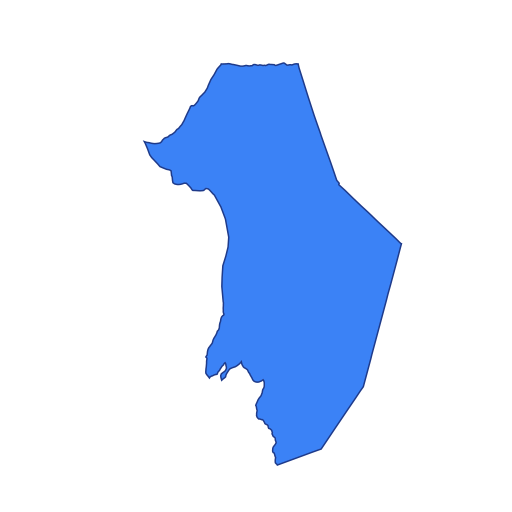 the district of Mandera West, North-Eastern, Kenya, rotated 195°
{"feature_id": "3690345B48276245407304", "entity_name": "Mandera West", "entity_type": "district", "adm_level": 2, "iso_a3": "KEN", "parent_name": "Kenya", "parent_adm1": "North-Eastern", "projection": "equal_earth", "projection_center": [40.274, 3.456], "detail": "fine", "context": "isolated", "style": "filled", "palette": "blue", "viewbox_px": 512, "rotation_deg": 195, "n_neighbors": 0, "source": "geoboundaries", "source_scale": "gbopen_adm2", "svg_char_len": 6099}
<svg xmlns="http://www.w3.org/2000/svg" viewBox="0 0 512 512"><g transform="rotate(195 256 256)"><path d="M181.3,59.6L150.7,81.2L145.2,85.0L143.1,86.4L134.9,110.4L128.1,130.1L123.1,144.4L120.3,152.7L118.5,157.5L118.5,174.0L118.5,186.4L118.6,190.5L118.6,206.8L118.6,237.9L118.6,247.2L118.7,253.5L118.6,263.0L118.6,271.0L118.6,287.7L118.7,301.8L118.7,304.0L118.7,305.5L119.1,305.5L119.4,305.6L120.8,306.3L125.4,309.0L136.8,315.1L146.9,320.5L158.1,326.7L167.8,331.8L177.7,337.2L187.1,342.5L188.1,343.0L194.5,346.3L194.5,347.8L197.6,350.0L202.2,356.9L207.8,365.2L214.0,374.2L218.9,381.3L224.6,389.6L225.7,391.4L230.5,398.4L236.2,406.8L241.0,414.2L246.5,422.7L250.7,429.3L256.2,438.0L263.1,448.8L264.6,451.6L264.9,452.4L266.3,452.2L267.6,451.8L268.9,451.2L270.1,450.3L270.9,449.8L272.2,449.7L273.3,449.3L274.6,448.6L274.8,448.6L275.6,448.4L276.3,448.7L276.5,448.8L277.0,449.0L277.5,449.2L277.7,449.3L278.5,449.6L279.2,449.6L280.2,449.1L281.5,448.2L282.3,447.7L282.9,447.3L283.8,446.7L284.8,446.0L285.5,445.6L286.1,445.2L286.9,445.1L287.9,445.5L288.9,445.3L289.5,445.2L291.0,444.9L291.8,444.7L293.0,444.6L293.8,444.2L294.2,443.8L294.8,443.3L295.6,442.7L296.2,442.4L296.9,442.5L297.5,442.3L298.5,441.8L299.6,441.8L300.9,441.7L301.8,441.6L302.9,440.9L303.5,440.6L305.6,440.7L305.9,440.7L306.3,440.7L306.9,440.6L307.8,440.3L308.4,439.7L309.0,438.8L310.3,438.4L311.1,438.0L311.9,437.8L312.5,437.7L313.5,437.6L314.4,437.6L314.8,437.5L315.2,437.4L315.8,437.0L316.0,436.9L317.0,436.4L318.1,435.9L319.0,435.7L320.0,435.4L323.4,435.3L325.5,435.2L327.5,435.1L328.1,435.0L328.5,434.9L329.0,434.9L330.5,434.9L331.8,434.8L332.5,434.7L333.0,434.5L333.4,434.3L334.1,434.0L334.4,433.9L335.7,433.5L337.0,433.1L338.0,432.8L339.3,432.5L339.4,431.5L341.2,428.1L342.0,426.3L343.4,420.3L345.2,414.9L346.2,408.7L346.5,405.5L347.9,400.9L348.5,399.9L349.3,398.5L350.1,397.0L350.7,396.1L351.3,395.1L351.7,394.0L351.9,392.7L352.0,391.3L352.3,390.2L352.7,389.3L353.2,388.1L354.0,386.5L354.6,385.5L355.5,384.8L356.6,384.7L357.3,384.4L358.0,383.3L358.1,382.0L358.4,380.2L358.7,378.7L359.3,375.7L359.7,373.4L360.1,371.0L360.5,368.2L361.1,366.0L361.7,363.6L362.5,362.1L363.1,360.8L363.6,359.6L363.8,359.3L364.1,358.8L364.5,358.4L365.0,357.9L365.2,357.6L365.7,356.5L366.2,355.1L367.2,353.6L367.9,352.7L368.7,351.7L370.0,350.8L370.9,349.9L371.4,348.9L372.0,348.1L372.9,347.5L374.1,346.8L375.0,346.0L375.7,344.7L376.3,343.8L376.8,342.0L377.7,340.6L378.8,339.9L380.9,339.0L382.9,338.3L384.6,338.0L386.7,337.8L388.7,337.8L390.7,337.5L392.2,337.5L393.5,337.6L392.1,336.1L388.6,331.6L384.8,326.2L382.3,324.1L374.8,319.5L371.9,317.5L369.0,317.1L365.0,316.6L361.7,316.8L360.0,316.2L358.4,311.9L357.5,310.9L356.9,309.3L356.2,307.4L355.2,305.3L353.4,304.6L351.6,304.6L349.9,304.8L347.9,305.5L346.0,306.5L344.4,307.6L344.1,307.8L342.1,308.2L339.2,306.6L336.7,305.0L334.9,303.4L334.1,303.0L333.1,303.2L331.4,303.6L329.3,304.0L326.9,304.5L324.6,305.3L323.5,305.8L322.7,307.1L321.9,308.2L320.6,308.4L319.3,308.4L317.6,307.5L315.6,306.2L313.8,305.0L312.0,304.1L302.6,294.3L295.5,284.4L294.9,283.4L287.2,267.1L285.8,260.0L285.3,257.4L285.1,248.1L285.5,238.0L283.3,227.0L281.1,217.7L275.8,203.2L275.3,202.3L275.2,201.8L275.1,201.2L274.6,199.3L274.2,197.2L273.5,195.0L273.2,193.7L273.0,193.2L272.8,192.8L272.2,191.9L271.9,191.6L272.0,190.3L272.6,189.9L273.4,188.3L273.5,187.8L273.6,186.6L273.6,186.1L273.6,185.5L273.4,184.3L273.4,184.0L273.4,183.6L273.4,182.8L273.5,182.4L273.5,182.0L273.5,181.3L273.4,180.1L273.2,178.9L272.9,177.3L272.8,176.8L272.9,176.3L273.0,175.4L273.0,175.1L273.1,174.8L273.6,173.8L273.9,173.3L273.9,172.7L273.9,171.7L274.1,170.3L274.3,169.2L275.1,166.5L275.3,165.9L275.4,165.5L275.6,164.2L275.7,163.7L275.7,163.2L275.7,162.2L275.7,160.6L276.0,159.7L276.2,159.2L276.3,158.8L276.8,158.0L277.2,156.6L277.8,155.4L278.1,154.0L278.2,152.7L278.1,151.0L277.8,149.1L277.6,147.9L277.7,147.4L277.9,146.9L278.3,145.5L278.1,145.3L277.5,145.0L277.1,144.7L276.9,144.4L276.7,143.5L276.6,142.2L276.4,141.1L276.0,139.7L275.6,137.5L275.3,135.8L275.1,134.1L274.8,132.6L274.5,131.0L274.0,129.7L272.9,128.7L272.5,128.4L272.1,128.1L271.2,127.5L269.4,126.1L269.1,127.2L267.9,128.5L267.1,128.9L266.6,129.4L266.0,129.9L265.4,130.5L264.8,130.7L264.2,131.3L263.4,131.4L262.9,131.9L262.8,133.8L261.6,136.2L261.4,137.4L260.6,139.7L260.3,140.7L259.6,141.8L259.1,142.6L259.0,143.6L258.7,144.3L258.2,144.9L257.7,144.4L257.4,144.0L257.1,143.6L256.6,142.3L255.8,141.0L255.5,139.6L255.8,137.7L256.3,136.6L257.7,134.9L259.0,133.2L259.1,131.3L258.5,129.7L257.7,128.3L257.0,127.1L256.5,127.9L255.9,128.9L254.9,130.1L254.1,131.4L254.2,133.2L254.0,134.6L253.6,135.9L252.7,138.8L251.8,140.5L249.9,142.0L247.3,143.7L245.7,145.4L244.0,147.7L243.3,149.0L242.8,150.1L242.1,148.6L241.3,147.4L240.4,146.5L239.5,145.6L238.3,145.0L237.2,144.8L235.5,144.2L234.6,143.7L233.6,142.4L232.8,141.5L231.8,140.9L230.9,139.7L228.4,137.2L227.0,135.5L225.6,134.6L224.1,134.3L222.5,134.4L220.9,134.9L220.0,135.5L219.2,136.2L218.4,136.7L217.7,137.6L217.1,138.3L216.3,137.6L215.4,136.2L214.9,134.6L214.3,132.2L214.3,130.7L214.7,129.3L214.9,128.4L214.8,127.1L214.6,125.4L214.8,124.1L214.9,122.5L215.4,121.3L216.2,119.5L216.8,117.5L217.0,116.0L217.2,114.5L217.4,113.5L217.6,111.7L216.7,110.6L216.1,109.2L215.7,108.3L214.9,107.1L214.8,105.7L214.7,104.3L214.4,103.2L214.2,102.1L213.3,100.7L212.3,99.9L211.2,99.3L210.4,99.5L209.0,99.5L208.4,99.3L207.5,99.6L206.6,99.2L205.9,98.6L204.8,97.5L204.0,96.4L203.1,96.1L202.5,96.0L202.1,95.9L201.6,95.8L201.4,95.8L200.6,95.4L200.1,94.3L199.8,93.8L199.6,93.4L199.1,92.8L197.6,92.7L196.7,92.2L195.9,91.8L195.4,91.2L195.1,90.5L194.5,89.7L194.5,89.0L194.5,88.3L193.9,87.8L193.4,87.0L192.9,86.4L192.3,86.1L191.7,85.8L191.0,85.6L190.8,85.4L190.4,85.1L190.1,84.5L190.0,84.2L189.7,83.2L188.8,82.0L188.2,80.8L188.6,79.2L188.7,78.9L188.8,78.6L189.3,77.5L189.9,75.9L190.0,74.7L189.8,73.5L189.6,72.4L189.2,71.3L188.5,70.6L187.5,70.4L186.9,69.6L186.7,69.2L186.5,68.8L186.0,68.0L185.6,67.3L184.9,66.4L184.8,65.7L184.8,65.2L184.7,64.6L184.6,63.8L184.4,63.2L184.1,62.0L183.7,61.2L182.7,60.6L181.8,60.1L181.3,59.6Z" fill="#3b82f6" stroke="#1e3a8a" stroke-width="1.5"/></g></svg>